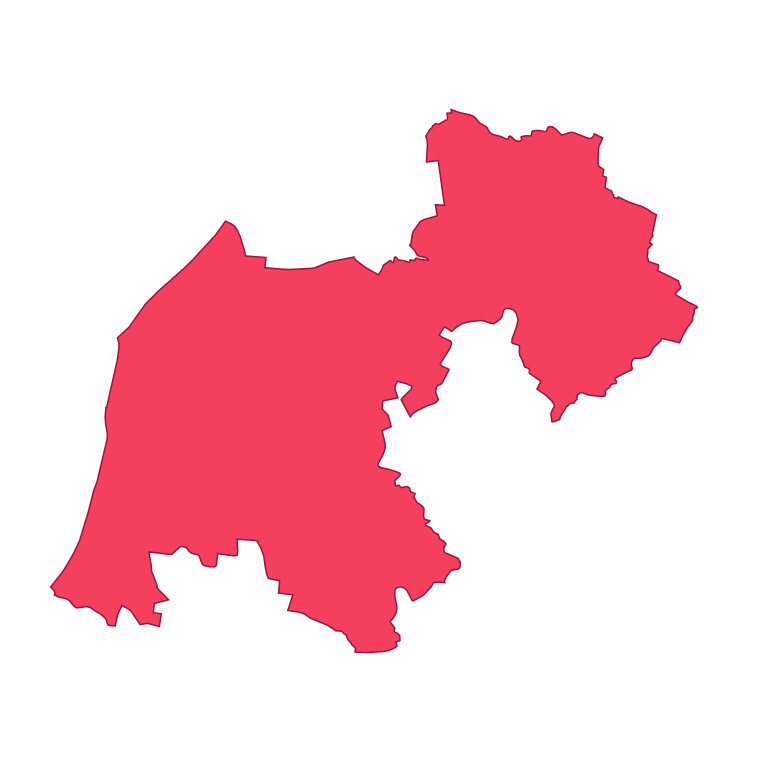 Cho Gao, Tiền Giang, Vietnam (Robinson projection), rotated 99°
{"feature_id": "81297802B70172971551103", "entity_name": "Cho Gao", "entity_type": "district", "adm_level": 2, "iso_a3": "VNM", "parent_name": "Vietnam", "parent_adm1": "Tiền Giang", "projection": "robinson", "projection_center": [106.446, 10.395], "detail": "fine", "context": "isolated", "style": "filled", "palette": "rose", "viewbox_px": 768, "rotation_deg": 99, "n_neighbors": 0, "source": "geoboundaries", "source_scale": "gbopen_adm2", "svg_char_len": 6157}
<svg xmlns="http://www.w3.org/2000/svg" viewBox="0 0 768 768"><g transform="rotate(99 384 384)"><path d="M450.6,655.0L460.0,654.3L466.6,652.8L475.8,649.6L481.3,648.8L525.3,652.1L535.0,654.1L556.3,656.0L586.5,660.2L598.9,663.8L611.5,668.5L619.9,672.1L636.7,681.5L638.3,679.1L641.4,676.3L643.9,676.6L645.5,671.6L645.5,666.6L646.1,663.2L647.5,660.3L651.8,655.7L653.1,653.3L652.8,650.9L650.4,643.1L650.7,639.0L653.3,633.9L655.4,628.2L658.6,623.0L659.9,621.7L664.5,619.5L665.5,617.8L665.0,611.6L653.6,611.0L643.7,608.2L646.7,600.2L648.0,598.2L659.7,587.3L657.4,580.1L658.6,568.0L645.8,568.0L646.0,576.0L636.7,576.6L630.8,563.0L621.1,576.1L618.0,576.8L605.4,584.2L598.7,585.8L586.7,590.0L585.7,567.2L577.1,560.4L576.0,557.8L576.8,553.1L579.4,550.8L581.0,548.3L581.7,544.7L581.6,541.8L582.5,539.8L589.8,535.8L591.4,533.9L591.8,527.8L591.1,522.8L590.5,521.9L588.8,521.2L577.5,521.8L577.2,505.1L576.2,502.3L571.0,502.5L560.4,504.9L558.7,487.5L558.8,484.9L565.0,480.1L572.9,475.8L584.1,472.4L589.8,470.2L594.1,467.9L594.7,456.3L607.1,455.5L606.4,441.0L622.7,443.6L622.7,431.3L623.7,426.3L626.9,419.7L631.1,402.1L635.3,392.8L634.8,387.9L635.3,386.4L636.6,385.1L638.0,382.0L642.0,379.9L643.9,377.2L646.9,374.6L648.7,371.5L650.5,370.5L653.1,370.9L653.2,368.5L651.8,358.0L648.3,342.7L646.8,338.5L643.5,332.8L640.9,330.1L637.1,332.0L634.8,328.1L630.1,329.1L628.2,331.2L627.4,334.3L626.6,335.5L623.5,335.2L617.8,340.7L611.4,337.2L608.1,336.3L603.9,336.1L600.7,336.8L592.2,340.1L586.5,340.9L584.1,340.3L583.0,339.2L581.7,335.7L582.7,331.2L584.1,329.3L593.6,322.2L593.6,321.2L587.6,313.4L585.5,311.4L577.1,305.7L572.4,304.1L571.3,300.0L570.7,292.8L569.4,293.4L567.2,293.1L564.3,292.1L558.5,289.0L556.8,286.6L555.2,281.7L553.7,280.5L552.5,280.3L547.8,280.9L544.5,283.8L541.1,297.3L540.3,298.5L536.5,299.2L532.4,297.8L531.3,298.6L530.0,300.4L528.4,304.5L524.2,307.0L522.4,311.7L518.6,315.3L517.3,320.3L516.7,321.2L515.6,321.3L512.9,317.5L511.8,317.3L511.5,321.7L510.5,323.5L507.4,324.3L500.6,325.1L498.5,327.3L495.5,333.4L490.8,336.8L487.4,336.1L486.2,340.7L485.2,341.6L483.2,342.2L481.7,344.4L482.0,347.0L483.6,350.0L483.2,351.7L481.7,353.2L482.5,356.2L482.3,357.0L480.4,357.2L478.4,358.6L472.1,354.0L470.6,353.7L469.7,354.2L468.6,358.4L467.4,367.3L467.1,373.6L466.4,376.3L465.3,377.4L463.2,377.2L453.5,373.8L446.9,372.7L442.4,373.7L430.4,378.6L425.0,370.2L414.5,374.9L409.9,380.6L409.3,381.9L400.9,382.6L395.5,368.1L387.9,372.1L385.1,372.8L380.1,371.6L379.4,370.9L379.4,369.7L380.2,361.9L381.7,356.2L384.8,356.2L394.2,363.3L396.9,364.6L412.4,352.9L408.5,350.7L405.2,347.2L398.8,337.9L395.2,331.2L393.2,329.1L390.8,327.9L385.0,331.3L382.8,331.9L378.7,331.6L377.0,330.6L375.4,328.0L373.8,326.7L359.9,322.0L359.3,322.3L358.6,324.3L357.4,329.5L355.8,331.4L354.9,331.5L338.8,324.6L333.9,323.6L332.5,323.8L331.1,325.1L328.9,333.4L327.1,337.2L318.3,333.5L319.2,330.1L321.5,325.8L321.0,324.8L317.6,322.4L312.6,316.9L311.4,314.8L308.7,308.1L306.3,298.9L306.1,295.0L307.4,287.6L307.2,284.8L301.6,279.2L299.5,278.1L292.8,277.4L291.0,276.3L290.4,275.4L289.9,271.7L290.6,267.5L292.6,265.3L294.6,263.9L299.6,261.5L307.4,262.2L319.1,264.5L323.1,264.2L323.8,263.1L324.4,257.8L325.0,256.1L331.4,255.4L334.3,254.4L339.9,250.6L344.5,248.1L345.3,247.2L345.9,243.9L346.7,242.7L350.6,242.2L356.7,229.5L365.1,232.1L370.0,221.9L375.0,215.0L376.7,213.5L378.3,212.4L380.0,212.3L382.9,213.6L387.3,214.5L395.1,212.2L394.2,209.3L391.7,205.1L386.7,204.0L378.3,200.3L374.8,197.7L373.9,196.4L372.9,193.2L370.6,192.4L368.9,191.0L364.9,191.5L362.3,189.1L361.6,187.7L361.6,186.2L362.8,180.8L362.8,176.5L362.4,168.5L361.5,164.3L360.6,163.6L359.1,163.5L355.9,164.5L352.0,160.5L349.3,160.0L348.3,158.5L347.3,155.2L346.5,154.6L345.3,154.6L343.3,156.6L342.2,156.7L334.1,146.0L331.4,141.5L329.6,141.3L326.7,142.6L324.7,142.9L323.4,142.9L320.8,141.9L319.5,140.6L318.2,133.6L315.1,127.4L312.7,125.8L305.1,123.0L297.9,117.3L295.5,117.1L297.0,98.5L289.0,96.4L280.7,93.1L273.1,89.2L268.7,89.6L266.2,88.8L261.7,89.2L260.4,88.2L260.0,86.9L259.4,86.5L258.6,86.9L257.7,88.9L255.4,97.1L250.7,108.7L249.5,110.3L248.8,110.3L243.4,106.3L241.6,106.1L239.4,108.0L236.2,109.1L229.1,131.6L224.4,131.1L223.4,131.7L221.6,142.2L219.9,142.4L216.7,144.2L213.9,143.9L209.4,144.5L204.2,141.1L203.5,141.8L203.1,143.6L202.6,143.8L198.8,143.4L196.2,141.7L192.9,142.4L174.2,141.4L172.9,145.8L170.4,150.7L168.3,157.1L166.0,170.8L162.6,181.9L164.1,182.2L163.9,185.8L163.4,186.3L161.3,186.7L160.7,188.0L158.0,189.3L156.1,195.1L155.0,196.4L145.0,196.7L144.3,200.6L137.8,200.6L135.2,206.1L132.9,207.0L126.2,208.1L115.9,208.9L106.7,206.5L104.1,215.4L107.2,216.3L108.6,217.6L109.5,219.6L105.9,237.1L106.5,239.8L109.9,246.2L110.1,248.0L105.5,254.0L103.6,257.8L103.6,258.9L104.4,261.8L105.5,262.5L108.9,263.1L109.5,264.1L109.4,271.5L110.6,276.4L111.8,277.3L115.3,277.4L116.0,278.0L116.7,282.9L118.2,287.1L119.7,287.0L121.2,286.2L122.9,287.5L123.3,290.8L122.8,292.8L120.1,296.6L119.4,298.4L120.1,299.4L122.6,299.8L123.1,301.2L121.2,307.3L120.7,314.3L119.7,317.8L117.8,320.1L115.0,322.0L114.0,323.3L111.3,330.3L106.8,335.5L105.4,338.0L104.7,341.5L104.1,351.7L102.5,360.6L105.7,359.7L106.6,364.2L111.0,362.9L113.3,363.0L114.3,365.3L115.4,365.9L116.0,367.4L118.8,370.0L118.9,374.1L120.2,374.8L121.2,376.3L123.7,376.8L125.5,378.6L132.9,381.5L134.9,380.0L141.0,378.5L158.1,376.8L154.8,365.4L198.0,352.3L198.9,361.3L209.5,357.7L214.8,369.1L217.5,373.4L229.0,379.1L232.0,379.5L241.5,379.4L242.9,380.5L247.3,374.7L251.5,371.4L252.3,369.1L252.7,362.2L253.7,360.1L254.2,359.6L254.8,360.0L255.3,367.2L254.6,371.7L255.4,372.6L257.4,373.2L257.2,377.3L258.0,377.9L259.6,378.0L260.1,378.9L259.1,383.1L259.2,389.5L257.0,391.6L256.7,392.6L257.4,393.5L262.0,393.5L262.5,393.9L262.5,394.8L261.3,396.3L261.1,397.3L266.8,403.3L271.1,404.0L277.1,406.6L271.5,421.3L266.1,431.1L264.1,433.3L263.3,433.5L272.3,457.9L280.0,470.3L281.4,474.8L285.4,493.9L286.4,500.6L287.7,519.9L277.5,520.3L279.2,540.8L275.4,542.1L260.7,549.2L255.6,552.6L251.5,556.2L249.6,560.4L247.9,566.0L263.2,573.7L291.2,592.3L301.1,599.6L326.7,620.7L342.1,632.0L368.1,644.9L380.2,654.6L385.1,652.2L388.8,651.5L400.9,651.1L449.5,654.2L450.6,655.0Z" fill="#f43f5e" stroke="#9f1239" stroke-width="1.5"/></g></svg>